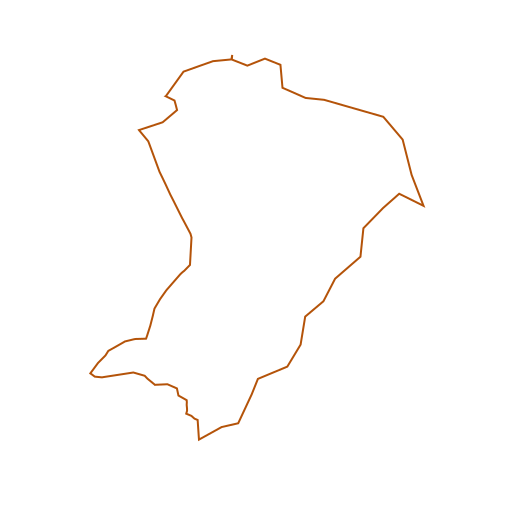 outline of Lympia, Nicosia, Cyprus, rotated 106°
{"feature_id": "46923920B77915362912232", "entity_name": "Lympia", "entity_type": "district", "adm_level": 2, "iso_a3": "CYP", "parent_name": "Cyprus", "parent_adm1": "Nicosia", "projection": "orthographic", "projection_center": [33.474, 34.986], "detail": "fine", "context": "isolated", "style": "outline", "palette": "amber", "viewbox_px": 512, "rotation_deg": 106, "n_neighbors": 0, "source": "geoboundaries", "source_scale": "gbopen_adm2", "svg_char_len": 1563}
<svg xmlns="http://www.w3.org/2000/svg" viewBox="0 0 512 512"><g transform="rotate(106 256 256)"><path d="M407.6,317.8L407.7,317.7L403.7,305.8L405.1,295.5L411.5,292.1L412.5,287.9L413.7,282.9L415.6,282.2L418.2,281.6L421.8,280.2L423.8,279.6L426.8,279.6L427.3,275.5L427.5,274.0L429.3,270.3L429.7,266.9L444.4,261.6L448.2,260.2L429.9,241.9L421.7,227.0L390.2,222.0L373.6,220.3L353.7,195.4L328.9,188.7L300.7,192.0L280.9,178.7L256.0,173.7L240.8,163.8L227.9,155.4L199.7,160.4L174.9,147.1L156.7,135.5L161.6,108.8L135.1,128.8L103.7,147.1L87.1,172.0L87.1,190.3L87.1,208.6L87.1,233.6L90.4,251.9L87.0,276.9L65.5,285.2L63.8,301.8L75.4,316.8L73.8,333.4L69.3,334.3L73.8,333.8L80.6,351.1L81.1,351.8L81.0,351.7L81.2,351.9L88.8,362.6L98.7,376.4L98.8,376.5L127.2,386.7L127.3,386.8L129.0,377.2L132.9,374.8L137.5,372.1L153.2,382.6L167.2,403.2L167.5,402.8L175.4,391.2L178.2,389.1L201.6,372.0L206.6,367.5L211.9,362.8L220.7,355.2L225.5,350.7L240.0,337.4L242.1,335.3L252.7,325.1L256.0,323.1L282.8,317.0L290.2,321.0L290.8,321.5L292.6,322.7L294.5,323.8L312.9,332.4L314.1,332.9L323.8,336.3L334.5,339.1L342.0,338.7L352.1,338.4L358.6,338.6L361.9,338.7L362.5,338.7L363.6,338.8L364.6,338.8L365.8,338.9L368.9,348.7L369.2,349.4L369.8,350.6L370.2,351.3L371.3,353.2L374.3,358.5L374.9,359.0L379.0,363.0L387.2,371.1L387.8,371.7L387.9,371.8L393.1,373.3L397.3,375.6L402.2,378.3L403.5,378.8L414.2,382.8L414.5,382.9L415.1,381.1L416.3,378.0L416.4,377.7L415.7,373.8L415.1,370.6L414.0,368.3L401.8,341.8L401.8,330.0L403.8,326.6L406.4,320.6L407.6,317.8Z" fill="none" stroke="#b45309" stroke-width="2"/></g></svg>